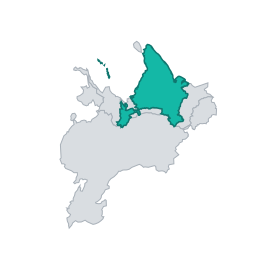 India highlighted among its neighbors, rotated 159°
{"feature_id": "IND", "entity_name": "India", "entity_type": "country or territory", "adm_level": 0, "iso_a3": "IND", "parent_name": "Asia", "parent_adm1": "", "projection": "albers", "projection_center": [83.514, 21.122], "detail": "fine", "context": "with_neighbors", "style": "filled", "palette": "teal", "viewbox_px": 256, "rotation_deg": 159, "n_neighbors": 9, "source": "natural_earth", "source_scale": "50m", "svg_char_len": 12356}
<svg xmlns="http://www.w3.org/2000/svg" viewBox="0 0 256 256"><g transform="rotate(159 128 128)"><path d="M164.2,175.6L161.3,175.5L157.5,176.6L155.9,179.4L157.1,183.1L154.2,182.0L151.6,182.3L151.8,179.8L149.1,180.1L149.2,183.6L147.3,191.2L147.7,193.4L149.8,193.3L151.3,196.0L152.2,198.6L154.1,200.2L156.1,200.3L157.9,201.7L157.0,203.1L154.9,203.7L154.5,202.1L151.8,201.1L151.3,201.7L149.9,200.6L149.2,199.2L145.8,196.3L145.4,198.1L144.7,196.5L145.5,191.4L148.0,185.0L146.6,182.3L146.0,179.1L142.9,175.3L143.8,174.6L144.7,171.8L139.5,165.0L140.7,164.3L141.7,160.8L143.8,160.4L146.9,158.0L148.2,158.9L148.6,160.7L150.6,160.7L150.2,164.1L150.6,166.9L153.5,164.7L154.4,165.1L156.1,164.8L156.6,163.7L158.8,163.6L161.4,165.9L162.0,168.9L164.7,171.4L165.0,174.0L164.2,175.6Z" fill="#d9dde1" stroke="#a8b0b8" stroke-width="1"/><path d="M146.9,158.0L143.8,160.4L141.7,160.8L140.7,164.3L139.5,165.0L144.7,171.8L143.8,174.6L142.9,175.3L146.0,179.1L146.6,182.3L148.0,185.0L145.5,191.4L145.0,189.2L145.7,186.7L144.5,184.9L144.4,181.5L143.0,180.0L140.8,172.4L139.3,169.9L134.3,174.1L130.7,173.3L131.4,169.4L130.6,166.4L128.1,162.9L128.4,161.8L126.7,161.4L124.5,159.0L124.1,156.4L125.2,156.9L125.1,154.6L126.5,153.7L126.1,152.4L126.6,151.3L126.6,148.0L128.8,148.6L129.9,145.9L129.9,144.3L131.3,141.6L131.1,139.8L134.5,137.3L136.5,137.7L136.1,135.8L137.0,135.1L136.7,134.0L138.3,133.6L139.4,135.4L140.6,136.0L141.1,141.0L138.7,143.9L138.7,147.7L141.6,146.9L142.6,149.7L144.4,150.2L143.8,152.9L147.4,154.3L149.4,153.2L149.6,154.5L147.4,156.8L146.9,158.0Z" fill="#d9dde1" stroke="#a8b0b8" stroke-width="1"/><path d="M125.1,154.6L125.2,156.9L124.1,156.4L124.5,159.0L122.7,154.3L121.4,152.5L118.7,152.5L119.1,153.8L118.2,155.6L117.0,155.0L116.6,155.6L114.7,155.0L114.1,152.4L113.1,150.0L113.5,148.1L111.7,147.3L112.3,146.1L114.0,144.9L112.0,143.3L112.9,141.1L115.1,142.4L116.5,142.5L116.8,144.7L122.1,144.8L123.7,145.3L122.6,148.1L121.3,148.3L120.5,150.2L122.2,151.7L122.5,149.7L123.3,149.6L125.1,154.6Z" fill="#d9dde1" stroke="#a8b0b8" stroke-width="1"/><path d="M120.1,135.8L122.5,137.5L122.4,139.5L117.8,139.6L116.1,140.1L113.6,139.0L113.5,138.4L115.2,136.0L116.7,135.1L120.1,135.8Z" fill="#d9dde1" stroke="#a8b0b8" stroke-width="1"/><path d="M111.5,136.6L111.5,141.2L109.2,141.4L103.7,140.4L102.0,138.8L98.3,138.4L89.5,133.8L90.6,130.9L93.5,128.7L95.6,129.7L98.4,131.8L99.9,132.2L100.8,133.8L102.9,134.4L105.2,135.7L111.5,136.6Z" fill="#d9dde1" stroke="#a8b0b8" stroke-width="1"/><path d="M84.1,112.7L81.4,115.2L78.5,115.6L74.6,114.6L73.2,115.9L74.8,120.8L76.8,122.4L74.5,124.1L74.4,126.3L71.6,129.3L69.7,132.4L66.6,135.5L63.4,135.0L60.1,138.1L61.8,139.6L61.9,142.1L63.3,143.8L63.7,146.6L57.5,146.1L55.4,148.0L53.4,147.0L52.8,144.6L50.9,142.0L37.2,141.5L38.8,137.9L42.9,136.8L42.9,135.4L41.7,134.7L41.9,131.9L39.5,130.2L37.6,126.3L41.9,128.5L44.6,128.4L46.2,129.0L46.8,128.4L48.7,128.9L52.3,128.0L52.7,125.3L54.4,123.7L56.4,123.9L56.8,123.1L58.8,122.9L59.8,123.3L60.9,122.5L60.9,120.6L62.2,118.8L64.0,118.2L63.1,116.0L65.6,116.3L66.4,115.3L66.4,114.1L67.8,112.9L67.1,110.0L68.7,108.8L77.3,107.4L79.2,108.9L79.8,111.3L84.1,112.7Z" fill="#d9dde1" stroke="#a8b0b8" stroke-width="1"/><path d="M55.2,105.0L56.7,105.2L59.3,106.4L61.2,105.6L62.0,106.3L63.0,105.0L64.5,105.2L65.3,103.6L66.5,102.6L67.8,103.4L67.5,104.3L68.2,104.5L67.8,107.0L68.7,108.1L70.8,107.3L72.5,106.0L76.9,106.5L77.3,107.4L68.7,108.8L67.1,110.0L67.8,112.9L66.4,114.1L66.4,115.3L65.6,116.3L63.1,116.0L64.0,118.2L62.2,118.8L60.9,120.6L60.9,122.5L59.8,123.3L58.8,122.9L56.8,123.1L56.4,123.9L54.4,123.7L52.7,125.3L52.3,128.0L48.7,128.9L46.8,128.4L46.2,129.0L44.6,128.4L41.9,128.5L37.6,126.3L40.4,123.9L40.5,121.8L38.5,121.0L38.1,116.4L39.4,114.9L38.4,114.3L41.0,108.5L43.5,110.0L45.5,109.9L46.2,108.6L48.3,108.4L49.8,107.6L50.6,105.2L52.9,104.9L53.4,103.9L55.2,105.0Z" fill="#d9dde1" stroke="#a8b0b8" stroke-width="1"/><path d="M93.4,201.1L92.9,204.3L91.5,205.1L88.8,205.8L87.3,203.3L86.9,198.9L88.4,193.8L90.5,195.6L93.4,201.1Z" fill="#d9dde1" stroke="#a8b0b8" stroke-width="1"/><path d="M174.9,161.4L172.4,160.8L171.9,158.1L173.1,156.5L176.1,155.1L177.7,154.9L178.6,156.0L177.5,157.6L177.2,159.5L174.9,161.4ZM90.8,92.3L90.6,90.6L92.3,89.9L90.2,84.8L96.3,83.1L98.0,78.1L102.8,79.0L104.1,77.7L104.2,74.9L106.1,74.6L107.9,72.8L108.8,72.5L109.5,74.4L111.5,75.8L115.0,76.7L116.7,78.9L115.9,82.2L116.8,83.4L123.0,84.0L126.1,85.6L127.6,85.8L128.9,88.4L130.5,90.0L138.4,89.9L141.6,89.1L144.1,89.3L147.9,90.6L150.9,90.3L152.1,91.0L154.8,89.1L158.6,87.5L162.2,86.8L164.9,85.3L167.9,82.2L166.4,80.4L167.3,78.3L171.3,78.5L173.4,76.5L176.8,74.7L178.1,72.5L179.6,71.4L182.9,70.3L184.9,70.2L184.9,69.1L182.3,67.7L180.3,67.3L178.7,68.6L176.3,68.7L175.1,69.3L174.3,68.3L176.1,63.1L179.0,63.5L181.9,61.1L181.6,60.0L183.0,56.7L184.1,55.6L183.7,54.2L182.4,53.9L183.9,52.2L186.6,51.1L189.5,50.3L193.0,50.2L195.2,50.6L199.6,55.0L201.1,57.3L205.3,57.0L208.5,58.1L210.2,60.3L213.7,59.2L215.3,57.5L218.8,55.6L218.4,58.3L217.8,59.6L218.0,62.8L217.3,65.9L214.3,66.3L212.6,67.9L214.0,70.0L214.6,73.4L213.4,73.9L213.9,75.3L211.9,74.1L211.4,75.9L208.0,78.2L208.8,79.6L206.7,80.1L205.4,79.5L204.3,82.0L202.0,84.2L200.5,86.6L197.3,88.3L195.8,90.1L193.4,91.6L194.3,89.9L193.6,88.9L195.0,86.5L193.4,85.3L189.2,89.5L188.1,91.7L185.7,92.4L184.7,94.0L186.5,95.7L188.6,95.8L189.0,97.1L191.2,97.5L193.5,94.7L196.0,95.4L197.6,95.0L198.4,96.5L195.1,98.2L194.3,100.1L192.1,102.1L191.3,104.5L194.4,105.6L196.1,108.3L200.7,112.6L201.2,114.9L199.8,116.1L200.8,117.6L202.6,118.2L202.7,123.3L201.2,124.0L197.1,136.6L190.6,143.7L187.5,144.7L186.1,146.4L184.9,145.6L183.6,147.5L179.9,149.7L177.0,150.7L176.6,154.2L175.0,154.7L173.9,152.5L174.4,151.2L170.4,150.8L169.2,151.5L166.2,151.1L164.6,150.0L164.8,148.2L162.2,148.0L160.6,147.0L158.5,149.0L153.5,149.9L150.6,151.5L151.5,155.1L149.9,155.2L149.4,153.2L147.4,154.3L143.8,152.9L144.4,150.2L142.6,149.7L141.6,146.9L138.7,147.7L138.7,143.9L141.1,141.0L140.6,136.0L139.4,135.4L138.3,133.6L136.7,134.0L133.7,133.7L134.5,132.3L133.1,130.5L131.3,132.0L128.9,131.3L125.9,133.6L123.6,136.0L121.4,136.6L120.1,135.8L116.7,135.1L115.2,136.0L113.5,138.4L113.2,135.9L111.5,136.6L105.2,135.7L102.9,134.4L100.8,133.8L99.9,132.2L98.4,131.8L95.6,129.7L93.5,128.7L92.3,129.5L86.0,125.2L85.4,121.7L87.3,122.2L87.4,120.6L86.4,119.0L86.7,116.4L84.1,112.7L79.8,111.3L79.2,108.9L77.3,107.4L76.9,106.5L76.8,103.6L75.3,102.8L74.4,103.1L74.0,100.3L74.7,99.6L74.4,98.9L76.9,97.6L78.6,97.1L81.3,97.7L82.3,95.8L85.5,95.6L86.5,94.4L90.4,92.9L90.8,92.3Z" fill="#d9dde1" stroke="#a8b0b8" stroke-width="1"/><path d="M55.4,147.5L56.1,147.2L57.0,147.3L57.1,146.3L57.3,146.2L57.4,146.4L59.5,146.5L60.1,146.9L60.8,146.9L61.0,146.6L62.1,146.3L62.3,146.3L62.4,146.7L62.7,146.9L63.7,146.5L63.5,145.9L63.8,145.6L62.8,143.1L62.9,142.4L61.8,142.2L61.4,141.5L61.7,139.6L60.0,138.7L60.2,137.5L61.3,136.5L62.1,135.4L62.8,134.9L63.4,135.2L63.6,135.7L63.8,135.9L66.8,135.4L67.1,134.7L67.6,134.2L68.3,133.0L69.9,132.2L70.9,130.6L71.4,129.4L72.6,129.0L72.9,128.6L72.9,128.0L74.1,126.6L74.9,126.2L74.7,125.7L74.9,124.8L74.7,124.1L74.9,123.7L77.0,122.6L76.8,122.1L75.3,121.7L75.3,120.8L74.5,120.7L74.4,120.0L73.7,119.4L74.1,118.4L73.7,117.7L74.4,117.1L73.6,116.6L73.8,116.1L73.3,115.7L73.8,114.9L74.7,114.6L78.4,115.6L79.3,115.1L80.7,114.9L81.8,114.2L82.0,113.8L84.0,112.7L84.6,112.8L84.5,113.5L85.2,115.5L86.1,115.8L86.9,116.5L86.2,117.4L86.4,119.0L87.2,120.0L87.1,120.4L87.4,120.7L87.4,122.1L86.6,122.5L86.0,121.8L85.2,122.0L85.4,123.0L86.1,123.8L85.9,124.5L86.2,124.8L86.0,125.3L86.0,125.8L86.6,125.8L86.8,125.5L87.0,125.5L88.0,126.9L88.8,126.9L89.8,127.5L89.9,128.2L91.2,128.7L92.1,129.5L91.6,129.6L90.4,130.9L90.0,131.8L89.9,132.5L89.5,133.2L89.4,133.7L90.4,134.4L90.8,134.3L94.3,136.8L94.6,136.7L95.9,137.4L96.5,137.4L96.7,137.9L98.2,138.4L98.7,138.1L99.7,138.4L100.4,138.0L101.9,138.6L102.1,139.4L103.3,140.0L103.6,140.3L104.5,140.0L104.9,140.2L105.2,140.8L105.8,140.6L107.7,141.3L108.6,140.9L108.8,141.3L109.3,141.5L109.7,141.3L110.9,141.2L111.3,141.4L111.7,140.3L111.2,139.0L111.6,137.0L111.5,136.5L111.6,136.4L112.8,135.9L113.4,136.1L113.5,136.6L113.3,137.7L113.7,138.3L113.3,138.8L113.6,139.4L114.5,139.9L115.0,139.8L116.2,140.2L117.2,140.0L117.8,139.5L118.9,139.8L120.4,139.7L120.8,139.5L121.5,139.6L122.3,139.4L122.5,139.2L122.3,138.6L122.5,138.0L122.2,137.5L121.5,137.6L121.1,137.2L121.2,136.6L122.1,136.6L122.5,136.4L123.7,136.1L124.1,135.7L123.9,135.5L124.1,135.2L124.9,134.6L125.5,133.6L126.9,133.2L127.4,132.8L127.5,132.4L129.1,131.2L129.5,131.6L131.2,131.9L131.5,131.4L132.9,130.5L133.5,131.1L133.8,131.1L133.2,131.6L133.3,132.1L134.1,131.7L134.5,132.6L133.8,133.7L134.1,133.8L134.7,133.5L135.2,133.8L136.0,133.7L136.7,134.1L136.8,135.0L135.7,136.2L136.4,137.6L136.0,137.6L135.3,137.0L133.8,137.4L131.1,139.7L130.9,140.5L131.2,141.4L130.8,142.6L129.8,143.8L129.8,144.2L130.2,144.7L129.2,147.1L128.9,148.5L127.6,148.2L127.1,148.3L126.6,148.0L126.9,149.2L126.9,151.0L126.7,151.3L126.3,151.3L126.1,152.4L126.4,153.9L126.1,154.1L125.8,154.7L125.2,154.3L124.8,154.8L124.5,152.6L124.0,151.8L123.6,149.4L122.7,149.5L122.7,150.0L122.3,150.8L122.3,151.5L121.9,151.8L121.6,151.6L121.4,151.1L121.2,151.1L121.2,151.5L121.0,151.4L120.5,149.9L120.7,148.8L121.0,148.3L122.5,147.9L122.6,147.3L123.0,147.1L123.3,145.6L123.9,145.7L124.0,145.4L122.8,144.7L118.3,145.0L116.5,144.6L116.4,142.6L116.0,141.7L115.7,141.8L115.7,142.4L115.2,142.4L114.6,142.1L114.1,141.2L113.9,141.3L114.0,141.7L113.6,141.7L113.2,141.6L113.0,141.2L112.3,140.7L112.3,141.0L112.5,141.4L111.8,142.3L111.6,142.9L112.8,144.0L113.5,144.1L114.1,144.8L113.7,145.1L112.7,145.1L112.3,146.1L111.9,146.0L111.5,146.9L111.9,147.4L113.5,148.0L113.5,148.8L113.2,149.9L113.7,150.6L113.6,151.2L114.2,151.4L114.0,151.9L114.7,154.3L114.7,155.4L114.4,155.4L114.8,156.3L114.3,156.3L114.2,156.0L113.9,156.5L113.7,156.1L113.8,155.2L113.5,154.8L113.4,156.3L113.0,156.5L112.5,156.0L112.5,156.5L112.1,156.4L111.9,156.2L112.3,154.8L111.7,154.4L111.5,154.1L111.6,154.5L112.1,154.9L111.6,155.8L110.8,156.4L109.2,156.9L108.5,157.8L108.4,158.2L108.9,159.5L108.2,160.7L107.5,161.2L107.2,161.7L106.8,161.6L107.0,161.8L106.7,162.1L104.8,162.8L104.6,162.7L104.8,162.6L104.6,162.1L103.9,162.6L103.7,163.1L104.2,162.8L104.5,163.0L102.5,164.6L100.6,167.2L99.2,167.9L97.9,169.4L95.4,171.0L95.2,171.5L95.4,172.0L95.1,172.7L93.6,173.4L92.2,173.4L91.3,175.2L90.8,175.2L90.7,174.9L90.3,174.8L89.2,175.3L88.6,176.5L88.4,177.3L88.8,179.2L88.6,180.1L89.1,182.4L88.7,181.6L88.4,182.0L89.2,182.8L88.8,184.9L87.6,187.0L87.3,188.3L87.4,188.7L87.1,189.2L87.4,189.1L87.5,189.5L87.5,192.3L86.5,192.2L85.8,192.4L85.6,193.1L84.6,194.6L84.5,194.9L84.8,195.3L86.0,195.8L84.7,195.5L82.9,195.9L82.2,196.6L81.7,198.1L80.0,199.0L78.6,198.2L77.1,196.4L76.5,194.6L76.3,193.1L76.6,193.4L76.6,194.3L76.9,194.4L76.6,193.2L76.1,192.6L76.2,192.3L74.9,188.6L74.3,187.5L73.4,186.3L72.7,184.7L72.2,183.0L72.0,181.2L71.3,178.5L70.1,176.6L69.7,175.5L70.1,175.6L69.7,175.0L69.9,174.7L69.4,174.5L68.6,172.1L68.3,168.4L67.6,165.1L68.1,163.9L68.0,163.5L67.6,164.0L67.5,163.7L67.6,163.0L68.1,163.1L67.5,162.8L67.6,162.3L67.4,162.1L67.3,161.3L68.1,158.7L68.0,157.2L67.6,157.0L67.5,156.4L67.8,156.1L67.5,156.1L69.0,155.3L67.3,155.3L67.5,154.8L67.8,154.5L67.3,154.5L67.5,153.9L68.2,153.7L66.4,153.5L66.8,153.7L66.6,154.0L65.9,154.8L66.4,155.2L66.5,155.8L65.7,157.0L62.7,158.1L61.9,158.0L61.2,157.6L60.0,156.4L57.8,153.7L57.3,152.7L57.5,152.2L58.1,152.7L60.8,152.1L61.8,150.8L61.8,150.5L61.3,150.9L60.7,150.9L59.4,151.3L58.2,151.0L56.6,149.7L56.1,148.4L57.2,147.7L55.6,148.3L55.4,147.5ZM127.1,187.8L126.5,186.8L126.9,185.7L127.2,185.6L126.9,184.6L127.2,182.0L127.4,181.6L127.8,181.4L127.9,181.9L127.7,182.1L127.9,182.4L127.4,183.3L127.6,183.6L127.8,184.6L127.4,184.9L127.5,185.6L127.1,186.4L127.3,186.7L127.1,187.8ZM131.7,201.7L131.5,202.5L130.9,201.7L130.9,201.1L131.4,201.0L131.7,201.7ZM126.6,190.9L126.2,190.9L126.1,190.3L126.6,189.8L126.8,190.4L126.6,190.9ZM130.0,199.0L129.8,199.1L129.7,198.7L129.8,198.6L130.0,199.0ZM130.3,198.5L130.1,198.6L130.1,198.0L130.3,198.0L130.3,198.5ZM131.1,200.6L130.8,200.9L130.6,200.7L130.9,200.4L131.1,200.6ZM127.8,195.1L127.5,195.2L127.7,194.9L127.8,195.1ZM127.1,188.3L126.8,188.3L126.9,187.9L127.0,188.0L127.1,188.3ZM127.9,186.2L128.1,186.6L127.8,186.3L127.9,186.2ZM128.9,197.7L129.1,198.1L128.8,197.9L128.9,197.7ZM126.9,183.4L126.8,183.8L126.8,183.3L126.9,183.4Z" fill="#14b8a6" stroke="#0f766e" stroke-width="1.5"/></g></svg>